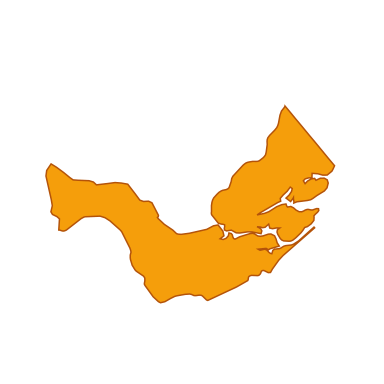 outline of Fatick, rotated 230°
{"feature_id": "SEN-764", "entity_name": "Fatick", "entity_type": "Region", "adm_level": 1, "iso_a3": "SEN", "parent_name": "Senegal", "parent_adm1": "", "projection": "equal_earth", "projection_center": [-16.406, 14.163], "detail": "fine", "context": "isolated", "style": "filled", "palette": "amber", "viewbox_px": 384, "rotation_deg": 230, "n_neighbors": 0, "source": "natural_earth", "source_scale": "10m", "svg_char_len": 4088}
<svg xmlns="http://www.w3.org/2000/svg" viewBox="0 0 384 384"><g transform="rotate(230 192 192)"><path d="M150.0,190.8L142.2,190.5L137.9,188.3L138.1,183.5L135.6,185.3L134.6,188.4L135.1,191.7L136.9,194.0L134.9,195.4L133.2,195.3L131.6,194.5L129.7,194.0L128.3,194.6L127.8,196.3L127.4,198.3L126.9,200.1L122.8,209.8L121.3,212.0L119.6,213.0L116.1,214.1L114.2,215.8L112.7,218.2L110.7,223.3L109.1,225.5L105.4,227.1L102.0,226.2L98.4,224.6L94.5,224.1L98.4,215.1L98.5,213.5L101.2,212.5L105.7,205.9L103.6,206.7L101.4,211.0L99.6,212.0L96.0,212.2L94.6,212.6L93.4,213.5L95.3,216.4L95.2,218.4L92.4,222.6L91.9,224.3L91.5,227.4L90.7,229.3L87.5,234.1L86.8,236.1L86.0,242.2L86.7,262.9L85.7,262.9L84.8,220.9L84.0,214.6L81.3,204.1L79.9,200.4L81.2,198.6L85.7,196.6L86.5,195.5L86.7,194.4L86.3,193.5L85.7,192.5L85.3,191.5L85.2,189.7L85.7,188.6L89.9,184.0L90.6,182.3L90.6,181.0L90.1,180.1L89.4,179.4L88.8,178.7L88.3,177.8L90.6,165.2L98.8,134.4L99.4,134.0L100.2,133.7L105.5,133.2L106.5,132.9L107.3,132.4L107.9,131.7L108.5,131.0L110.1,128.4L111.3,127.0L112.1,126.6L113.8,125.8L115.3,124.7L118.0,121.0L122.2,113.7L123.1,111.8L124.2,107.3L125.4,100.7L127.4,96.7L129.5,95.8L136.7,94.9L150.5,95.9L152.1,96.3L152.8,97.0L154.1,98.6L155.0,99.4L156.4,100.5L157.6,100.7L158.7,100.8L167.2,98.4L168.9,98.3L174.3,99.1L179.7,101.4L181.3,102.4L183.4,104.2L185.1,106.6L186.7,107.5L189.0,108.4L206.7,112.6L209.0,112.6L222.6,110.6L228.1,108.9L232.1,106.4L232.8,105.8L241.6,94.4L242.1,93.5L242.4,92.4L242.9,89.9L243.6,71.3L243.9,70.2L244.3,69.1L244.9,68.2L245.7,67.5L247.8,66.2L248.5,65.5L256.6,73.2L260.0,72.7L264.5,70.7L267.5,71.2L271.3,76.2L276.6,79.3L298.1,90.4L301.9,94.5L304.1,102.1L298.1,104.1L289.4,106.2L281.5,107.7L277.7,108.7L274.3,112.2L266.8,120.4L263.0,122.9L258.9,123.4L252.5,133.1L248.7,139.1L244.4,143.5L239.3,147.8L227.2,147.3L219.3,146.8L215.9,148.8L212.9,152.8L209.5,154.4L195.7,151.3L194.8,150.3L194.8,149.2L193.4,149.0L185.0,150.0L175.2,152.8L170.0,153.4L168.4,154.5L166.5,156.5L162.1,163.4L153.9,179.3L152.3,186.7L150.0,190.8L150.0,190.8ZM198.0,318.5L191.3,318.5L181.2,318.4L171.1,318.4L161.0,318.3L150.9,318.3L140.8,318.2L130.7,318.1L120.5,318.1L118.9,314.8L118.0,312.5L118.1,306.4L120.9,303.0L125.0,300.2L129.1,296.0L128.3,295.3L126.6,293.7L125.7,293.1L127.8,290.5L129.3,287.2L129.0,284.5L125.7,284.0L126.1,287.5L125.4,291.7L123.6,294.7L121.3,294.5L120.1,299.1L117.6,302.2L114.4,303.4L111.3,302.1L108.4,298.1L107.7,294.1L109.0,285.5L109.4,280.1L109.8,277.9L111.3,275.0L117.1,266.0L118.1,262.9L119.0,263.8L121.5,265.3L122.5,266.1L122.1,265.1L121.3,261.4L126.9,260.1L127.2,264.4L128.4,268.5L130.2,271.0L132.6,270.4L131.4,265.4L131.1,259.9L130.4,255.5L127.9,254.0L128.8,251.0L132.3,230.6L132.6,227.1L129.0,233.9L127.5,238.2L126.3,247.3L124.6,252.7L122.4,256.3L120.3,255.5L119.1,255.5L117.4,258.4L114.6,259.6L111.2,260.1L108.0,261.4L106.3,263.4L105.7,265.2L105.4,267.1L104.6,269.1L103.7,270.1L101.9,271.5L100.8,272.7L99.2,276.8L97.9,278.2L96.3,277.2L95.8,275.1L95.7,272.4L95.4,270.1L94.0,269.1L91.9,267.1L91.0,262.8L91.3,258.2L92.4,255.5L91.4,252.5L90.7,249.1L90.2,242.0L90.3,238.3L90.9,236.2L91.9,234.7L95.6,230.8L97.5,229.9L99.6,229.7L104.4,230.5L106.7,231.4L108.2,233.2L108.0,236.1L110.3,233.4L112.1,230.1L114.4,228.4L118.1,230.1L118.0,225.3L119.3,223.1L121.3,221.8L123.6,219.5L121.6,220.4L119.4,221.0L117.3,220.5L115.7,218.1L123.1,212.1L125.7,209.0L129.9,202.2L132.3,199.6L137.5,197.6L140.0,193.4L142.0,192.5L143.3,193.3L144.6,194.9L146.0,195.9L147.6,194.8L148.6,193.8L151.2,192.1L151.3,192.1L161.7,192.4L162.6,192.7L163.5,193.3L164.4,194.3L169.1,198.2L171.3,200.7L172.5,202.5L173.5,204.8L174.2,209.6L174.4,212.4L174.1,214.8L173.6,216.5L171.9,219.7L171.4,221.4L171.5,223.2L174.8,228.7L176.8,231.1L177.8,233.4L179.7,248.3L179.7,250.0L179.6,251.7L179.1,253.4L178.3,255.0L176.4,258.2L174.1,260.9L173.1,262.3L172.7,263.7L172.6,265.3L172.5,268.5L172.7,270.3L173.2,272.2L174.8,274.4L180.0,280.1L182.6,282.1L183.8,283.3L184.8,285.0L185.5,287.9L186.2,295.1L186.8,298.2L187.7,300.3L189.1,302.5L194.3,308.8L196.5,312.6L197.4,316.9L197.9,318.4L198.0,318.5Z" fill="#f59e0b" stroke="#b45309" stroke-width="1.5"/></g></svg>